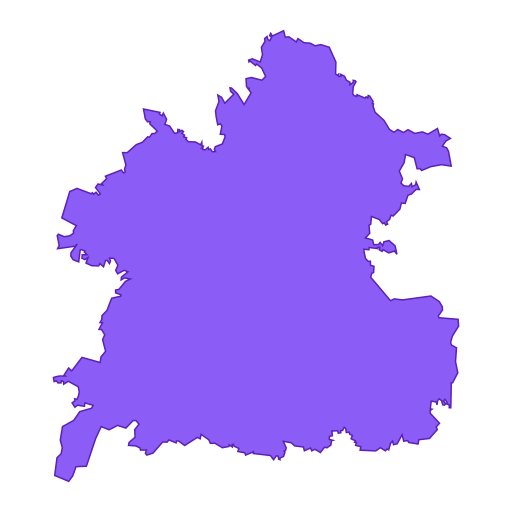 Álamo Temapache, Veracruz, Mexico
{"feature_id": "50627088B22684914859278", "entity_name": "Álamo Temapache", "entity_type": "district", "adm_level": 2, "iso_a3": "MEX", "parent_name": "Mexico", "parent_adm1": "Veracruz", "projection": "robinson", "projection_center": [-97.719, 20.991], "detail": "fine", "context": "isolated", "style": "filled", "palette": "violet", "viewbox_px": 512, "rotation_deg": 0, "n_neighbors": 0, "source": "geoboundaries", "source_scale": "gbopen_adm2", "svg_char_len": 5980}
<svg xmlns="http://www.w3.org/2000/svg" viewBox="0 0 512 512"><path d="M222.4,447.7L228.9,446.5L229.1,444.9L232.3,446.9L232.2,444.5L233.4,444.3L234.1,446.2L238.8,448.4L237.9,451.5L244.8,452.8L245.6,455.1L253.4,451.8L253.3,453.5L270.4,455.5L273.6,459.7L276.4,455.8L278.2,456.2L278.6,459.2L280.0,459.7L279.9,458.1L283.5,456.5L284.9,452.5L284.0,451.2L285.5,450.7L286.2,447.8L283.3,441.3L291.3,442.8L294.7,445.9L303.4,447.0L304.4,450.8L310.5,448.0L311.7,450.8L314.9,449.3L320.4,452.5L324.5,447.3L326.9,447.8L330.9,445.1L331.5,440.7L332.8,440.3L329.3,439.4L329.4,436.4L332.4,435.7L331.9,431.0L337.7,430.8L338.3,433.2L340.8,432.7L340.7,430.6L342.6,430.4L344.2,427.3L345.7,428.5L346.3,432.5L349.3,432.2L349.7,434.2L352.4,435.5L351.1,438.8L355.3,440.7L354.6,442.3L356.4,442.5L355.6,445.4L360.8,446.6L360.1,450.2L375.8,450.9L380.4,447.7L385.3,450.8L387.1,449.0L388.7,449.9L390.5,443.4L392.6,441.2L393.5,444.7L397.2,443.8L402.1,434.7L403.7,441.2L407.7,440.6L408.7,442.5L418.1,444.0L418.8,439.7L429.4,438.5L437.3,429.6L436.2,426.9L439.5,423.3L430.2,413.2L430.1,410.6L432.0,409.2L430.3,408.9L431.2,401.2L436.2,401.9L437.0,404.9L437.7,400.3L439.4,398.9L441.6,400.8L442.7,404.8L444.6,405.1L445.7,403.7L443.5,401.0L445.0,399.3L447.2,402.6L446.6,404.0L449.3,404.9L449.2,407.7L450.8,407.8L451.3,382.8L452.6,382.8L457.8,372.8L455.5,361.7L456.5,347.8L451.5,345.1L450.6,342.6L452.3,336.2L458.6,326.1L458.1,319.3L438.8,317.7L438.4,315.8L442.5,310.0L442.3,306.7L439.3,301.6L430.9,296.0L402.7,299.9L394.3,298.9L390.5,300.7L370.7,277.2L371.8,273.2L373.6,272.6L374.0,266.3L370.5,265.3L370.4,261.2L368.3,261.4L365.5,258.5L363.9,250.7L363.9,249.2L368.9,249.8L369.2,247.5L377.7,248.6L377.4,247.5L379.8,247.2L379.4,249.8L382.1,251.4L383.2,249.7L388.6,252.9L394.5,251.1L396.9,254.3L395.1,245.8L389.0,240.5L383.9,241.8L382.6,245.7L380.1,242.4L378.5,244.5L373.8,244.7L372.6,240.0L365.4,237.9L369.7,233.3L369.0,225.3L370.7,224.3L371.5,216.5L379.3,219.5L382.7,223.7L384.3,222.8L385.7,225.1L387.7,224.1L386.5,221.7L389.5,219.5L391.0,215.3L393.2,216.0L399.9,209.1L401.4,203.0L405.2,203.4L408.0,195.2L411.5,194.0L416.1,189.4L419.4,189.5L416.1,182.1L415.6,184.8L412.0,186.8L411.4,183.5L408.8,186.4L403.9,185.8L401.0,183.1L402.5,178.8L399.3,171.1L404.2,162.5L405.5,154.5L414.3,157.7L417.1,168.8L419.9,168.6L421.6,170.5L430.6,166.7L441.4,164.7L451.2,166.1L448.5,151.3L446.6,147.8L442.4,146.2L445.9,141.0L450.4,138.4L444.5,134.6L441.3,134.2L439.7,136.0L437.5,128.5L427.9,134.2L422.4,131.9L414.8,133.4L408.0,129.7L403.5,132.5L397.7,129.5L394.1,132.3L389.5,129.5L384.0,120.4L375.1,112.3L373.0,106.1L373.5,103.9L372.3,103.5L373.1,101.6L369.6,96.0L368.2,95.5L367.8,98.0L366.1,96.8L365.0,98.1L357.0,94.7L356.8,96.4L354.0,95.6L352.7,93.8L353.3,86.5L356.0,81.8L355.2,80.7L353.2,80.3L353.2,82.4L350.0,84.7L349.9,82.2L346.5,80.3L344.5,76.2L340.6,74.3L341.2,75.9L339.1,76.6L338.5,74.3L337.5,75.3L335.6,74.0L335.9,62.1L329.2,47.2L320.7,44.6L315.1,45.8L310.3,43.2L304.0,42.7L297.9,38.6L296.3,41.9L288.8,36.8L285.3,37.2L283.6,30.7L272.3,36.0L270.7,33.3L269.6,35.7L271.6,37.1L269.9,40.6L267.9,39.7L267.1,36.5L264.6,38.6L265.0,41.4L261.4,47.3L262.5,54.7L260.2,62.0L252.4,58.8L248.6,60.1L249.0,61.9L249.9,61.0L255.6,65.5L256.7,64.0L261.8,68.2L265.6,76.5L261.9,80.2L251.4,77.5L246.0,78.7L246.5,86.4L247.8,88.4L249.8,88.0L248.4,89.1L251.1,92.8L244.1,104.5L237.3,93.6L231.6,88.1L230.0,87.8L230.7,91.5L233.8,94.2L224.8,103.2L221.5,97.2L217.8,95.1L219.0,101.4L215.5,110.9L216.1,116.3L217.7,124.8L220.4,123.8L221.9,126.0L220.3,134.3L224.5,134.5L225.1,136.8L222.4,143.9L215.3,146.7L214.3,149.3L215.5,151.6L212.3,151.7L210.4,148.9L208.8,149.5L208.1,147.3L205.4,149.8L202.6,149.5L202.9,147.7L201.9,147.9L203.4,146.1L202.0,145.6L201.8,142.3L200.6,144.8L195.2,141.9L188.6,141.8L185.9,139.4L186.6,137.8L183.7,136.8L184.5,135.2L181.9,133.3L183.5,131.6L182.0,130.3L179.5,131.6L179.5,129.7L177.9,129.4L177.7,132.7L174.6,133.4L169.6,126.0L164.9,124.4L166.6,119.3L163.3,113.1L162.3,115.8L159.4,114.0L160.0,112.4L143.5,109.0L145.3,118.9L147.5,121.8L150.3,121.7L149.8,123.8L157.2,131.0L154.8,133.5L152.0,133.6L149.5,137.2L147.7,136.8L142.4,142.3L136.3,144.6L127.3,152.6L122.6,152.6L125.9,165.0L124.5,169.2L125.2,172.0L123.7,173.0L121.3,170.0L105.4,176.2L106.7,178.6L101.5,183.6L102.7,185.0L98.0,184.0L95.5,187.5L100.3,193.8L98.5,195.2L96.0,192.2L93.6,194.2L92.4,192.7L91.1,193.7L77.0,188.4L69.8,191.5L61.8,217.9L76.3,225.6L73.3,230.8L73.5,233.3L69.7,235.8L64.3,236.7L58.3,234.2L57.2,235.7L59.2,245.5L57.6,248.7L75.2,246.2L77.3,243.9L71.0,252.8L70.8,256.1L73.1,259.7L78.7,261.9L80.2,250.0L81.3,249.6L85.0,251.0L84.4,252.2L87.1,254.7L82.2,254.8L81.9,258.2L84.8,259.6L88.0,257.6L86.0,263.1L91.8,265.7L98.7,265.9L99.9,263.6L103.5,266.8L105.6,260.4L107.3,260.5L109.4,263.6L110.5,261.2L109.5,258.1L114.1,258.5L117.9,265.2L115.7,270.4L117.6,273.8L124.3,270.3L127.9,271.8L121.4,277.1L121.1,279.9L124.6,277.9L130.3,279.0L125.5,281.3L118.9,289.4L115.6,290.0L115.6,292.9L121.0,294.8L120.7,296.2L111.7,298.2L106.9,310.5L102.0,315.6L101.8,319.6L100.0,322.6L102.5,322.8L99.0,329.4L101.6,329.6L104.7,334.8L102.6,339.6L105.6,351.3L101.1,356.7L100.1,362.5L82.0,357.4L71.7,370.9L68.6,368.0L64.1,375.0L65.3,376.0L59.5,376.0L56.1,376.7L53.5,377.5L53.4,377.6L54.1,381.6L56.5,380.8L57.9,382.9L61.0,382.9L61.4,380.7L63.5,381.6L63.7,384.2L68.3,381.3L78.2,386.7L79.3,392.0L78.4,396.0L76.9,399.4L74.7,398.8L75.0,400.7L72.1,402.9L74.9,407.2L77.6,405.2L84.4,406.3L85.0,402.9L93.1,405.3L91.6,408.2L79.8,411.6L73.7,420.4L62.5,426.6L60.3,440.1L62.3,447.7L61.1,453.8L57.0,457.7L54.7,475.5L68.7,481.3L72.8,475.8L76.0,466.7L86.4,466.2L95.7,438.4L101.2,426.6L109.1,429.8L117.6,425.4L125.9,428.1L133.0,420.6L136.0,420.5L139.0,424.2L134.7,429.7L135.1,437.2L129.1,442.4L128.5,445.4L135.6,445.9L140.0,447.9L140.5,450.1L146.5,450.0L145.4,453.3L146.8,455.1L153.0,453.1L162.7,442.0L167.2,442.1L168.9,439.9L176.1,442.9L176.5,441.1L178.3,440.8L184.7,445.5L197.3,437.4L200.2,438.8L201.1,434.3L208.8,439.8L210.4,443.3L214.8,443.2L222.4,447.7Z" fill="#8b5cf6" stroke="#5b21b6" stroke-width="1.5"/></svg>